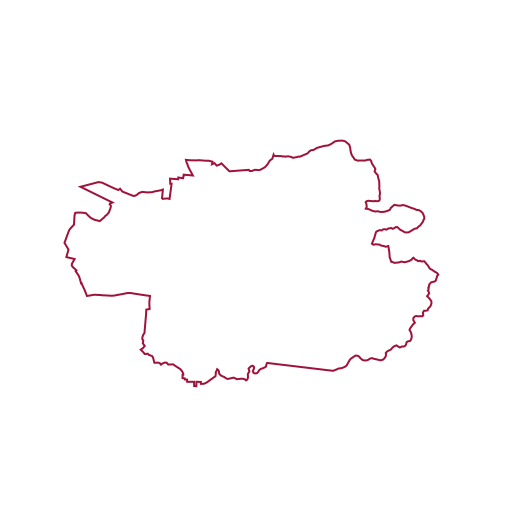 the district of Yecuatla, Veracruz, Mexico, rotated 232°
{"feature_id": "50627088B64741996810444", "entity_name": "Yecuatla", "entity_type": "district", "adm_level": 2, "iso_a3": "MEX", "parent_name": "Mexico", "parent_adm1": "Veracruz", "projection": "orthographic", "projection_center": [-96.776, 19.847], "detail": "fine", "context": "isolated", "style": "outline", "palette": "rose", "viewbox_px": 512, "rotation_deg": 232, "n_neighbors": 0, "source": "geoboundaries", "source_scale": "gbopen_adm2", "svg_char_len": 6140}
<svg xmlns="http://www.w3.org/2000/svg" viewBox="0 0 512 512"><g transform="rotate(232 256 256)"><path d="M253.2,107.5L248.9,108.0L247.4,107.9L246.4,109.2L245.7,110.5L244.0,110.7L243.0,111.4L240.9,112.6L239.0,112.2L234.5,110.2L233.4,111.6L232.3,113.2L230.8,114.2L228.9,114.2L228.8,116.4L228.2,118.4L227.0,119.9L224.5,120.0L221.5,124.1L220.1,124.4L213.5,126.7L210.7,126.8L207.9,126.2L207.2,125.6L207.6,125.0L205.0,122.9L203.4,124.5L202.5,123.9L201.0,125.6L199.3,124.3L198.5,125.2L195.0,129.8L191.6,127.2L190.1,128.8L193.5,131.7L190.7,135.0L189.2,133.8L189.0,134.0L187.4,136.3L186.9,138.0L186.6,140.0L186.5,144.8L186.2,150.0L187.8,151.7L189.3,152.9L189.8,154.3L190.7,155.7L189.7,156.0L188.2,155.9L186.9,155.1L185.8,154.5L183.7,154.7L181.7,155.6L180.2,156.5L177.9,157.1L176.5,158.1L175.1,160.9L174.0,163.4L172.7,164.2L171.0,164.9L170.1,165.9L168.9,168.0L167.5,170.0L165.7,171.3L164.2,171.5L164.0,172.9L164.7,174.3L166.1,175.6L167.7,176.6L168.5,177.9L168.9,179.5L169.8,180.1L171.0,180.4L171.9,180.9L172.2,183.8L171.7,185.7L170.2,186.2L169.3,185.9L168.5,185.0L167.9,183.8L167.0,182.5L165.5,182.1L164.2,182.8L163.4,183.8L163.1,185.2L163.4,186.6L164.0,187.9L164.1,190.0L163.1,193.0L162.7,195.8L164.0,197.2L164.9,198.9L118.1,246.0L117.0,249.6L116.5,251.9L115.2,253.8L114.3,256.4L113.9,258.4L114.0,260.3L115.1,262.6L115.7,264.3L116.3,265.6L116.7,267.7L116.3,273.1L114.7,274.8L112.9,275.4L111.4,275.3L108.3,276.0L106.7,277.4L105.3,279.5L104.8,283.1L104.1,284.6L102.4,285.6L100.8,287.0L97.1,289.9L96.1,292.4L96.4,294.6L97.1,296.5L98.5,297.9L99.7,298.6L100.0,300.2L99.9,301.9L99.4,303.7L99.3,305.1L99.8,307.0L99.8,309.3L99.1,311.7L97.3,312.2L95.3,313.1L94.8,315.4L93.7,316.6L93.4,318.7L94.2,320.2L95.4,321.6L95.2,323.3L94.2,324.8L94.6,326.6L95.9,328.4L97.0,329.4L99.5,330.7L101.1,331.2L103.2,331.4L104.0,332.7L105.4,337.4L105.6,340.1L108.7,340.5L110.2,341.8L110.6,343.5L110.2,345.2L108.6,346.6L107.1,348.9L106.2,349.7L106.2,351.2L108.7,352.7L109.4,354.8L108.3,356.1L107.5,357.8L108.6,359.3L108.7,360.3L109.0,362.3L109.8,364.0L110.9,365.3L112.6,366.4L115.8,366.5L119.0,366.1L119.5,368.1L120.1,369.6L121.9,370.1L122.9,370.2L123.0,370.9L123.4,371.4L124.1,372.0L124.7,372.0L124.9,372.2L124.9,372.8L125.4,373.1L125.9,374.2L126.5,374.4L126.9,375.1L127.2,376.3L127.4,377.9L126.1,380.7L125.8,381.9L126.0,382.6L127.9,385.4L128.8,386.5L129.0,387.3L129.0,388.1L130.9,388.3L134.4,386.9L136.6,386.3L138.8,385.2L143.0,385.6L145.5,385.4L146.6,385.5L148.4,385.3L149.3,383.7L150.2,382.7L151.2,382.4L151.7,381.3L152.4,380.4L153.5,380.2L155.1,379.3L157.7,379.0L157.8,377.7L157.3,376.4L157.8,373.4L159.5,369.4L162.2,367.0L162.8,365.0L164.1,362.8L165.5,360.7L167.3,359.9L168.1,359.0L172.8,360.6L176.9,363.4L182.4,366.4L183.5,363.8L184.7,363.2L187.4,360.9L189.0,360.4L190.2,358.9L191.4,357.8L192.7,355.4L194.3,354.9L196.6,358.9L197.1,360.0L198.3,361.6L200.9,365.2L201.1,366.0L200.3,369.3L198.8,370.7L198.7,372.6L198.0,373.8L196.4,375.1L196.3,376.8L194.9,379.7L193.2,380.5L192.8,382.4L192.8,383.8L191.7,385.2L190.0,385.5L187.8,385.8L185.4,387.0L183.3,387.7L182.0,388.9L180.7,390.8L180.1,395.5L179.9,397.6L178.7,400.0L179.1,401.6L179.1,403.1L179.0,404.4L179.6,406.1L179.8,407.1L180.2,408.4L180.8,409.6L181.5,410.4L181.6,411.4L183.0,412.5L184.5,413.1L187.4,413.8L189.9,413.4L192.2,412.4L193.4,410.9L195.6,409.9L198.1,408.1L201.9,405.9L203.9,404.6L205.9,403.0L206.2,401.8L207.2,400.3L208.7,398.6L211.1,396.6L211.1,394.4L210.9,391.8L210.0,390.1L210.3,388.5L211.3,385.5L212.6,383.1L214.1,381.2L216.3,379.5L217.7,377.3L219.8,375.6L222.7,374.1L224.3,373.1L225.7,371.7L226.2,373.0L226.7,373.6L229.1,375.1L230.0,375.3L230.8,375.5L231.1,376.2L230.8,377.6L230.1,378.9L228.9,380.0L227.9,381.2L226.8,382.2L226.1,383.8L225.5,384.0L223.9,386.3L223.8,387.4L224.3,388.3L226.2,389.7L227.3,390.2L228.3,391.6L229.1,392.3L230.7,393.3L232.3,394.2L233.5,394.7L234.5,395.8L238.9,399.0L239.9,399.4L242.5,400.5L244.8,401.7L246.9,401.5L249.5,401.5L250.5,402.6L251.0,403.6L252.6,403.9L256.9,404.2L258.3,404.5L260.0,405.3L261.8,405.2L263.3,402.8L264.1,400.7L264.4,400.2L266.1,398.2L268.7,394.7L271.2,393.2L273.3,393.4L275.9,393.5L278.2,394.1L280.7,395.3L283.6,397.0L286.3,398.0L291.4,396.9L293.8,395.1L296.4,391.4L297.7,388.8L298.0,384.1L298.7,381.0L300.9,377.3L303.6,370.7L304.2,366.5L305.5,364.4L305.6,362.1L305.1,360.3L305.4,358.7L307.3,351.6L308.2,350.7L308.8,349.0L309.9,347.0L310.6,345.5L312.3,344.8L314.8,342.7L315.3,341.9L316.3,340.1L317.2,339.5L317.9,338.3L319.0,337.6L323.7,331.9L325.0,332.2L322.6,328.8L322.7,325.7L321.1,321.4L320.5,318.0L320.7,315.8L321.3,312.4L322.3,310.6L323.7,309.3L324.8,307.8L325.5,305.1L327.0,303.3L328.3,303.4L339.1,287.2L350.3,285.8L350.6,283.0L351.4,280.7L354.8,280.4L355.4,277.8L357.1,279.8L360.4,277.2L361.9,275.2L367.0,269.6L367.9,268.0L369.1,266.6L370.8,264.4L372.4,262.6L374.9,260.0L372.0,258.7L371.0,258.6L368.2,257.6L365.3,257.0L358.3,255.8L364.5,249.2L363.8,248.7L364.0,248.4L362.2,246.4L365.7,243.1L364.4,241.9L369.9,235.9L365.8,232.9L365.0,234.0L361.9,230.9L354.2,223.0L355.5,222.0L356.2,221.2L357.8,218.8L358.9,217.0L358.9,216.8L359.2,217.4L365.7,223.5L366.4,221.4L369.4,215.7L370.3,213.3L373.1,209.4L376.6,205.8L377.7,202.4L377.5,200.5L377.8,198.2L378.7,196.4L389.0,190.4L392.7,190.3L392.7,188.2L396.3,186.1L400.3,184.0L408.5,179.9L411.2,177.4L418.6,160.3L386.5,175.8L387.2,173.4L386.9,172.6L385.0,172.6L384.1,171.8L383.2,170.6L380.9,166.8L380.3,164.1L380.3,161.6L379.9,160.1L379.7,154.3L381.5,153.0L383.9,151.1L386.2,149.9L388.4,149.1L391.6,148.6L394.3,148.4L396.3,146.6L398.3,144.4L400.1,142.1L401.3,140.1L399.6,137.9L392.8,131.9L391.8,125.8L390.7,123.5L384.3,113.2L376.5,112.2L371.9,105.9L365.3,111.2L363.2,106.1L361.8,104.9L360.1,104.8L355.3,105.7L355.1,104.5L349.8,104.2L347.1,103.4L342.1,101.3L341.9,101.8L340.7,101.4L334.7,100.0L328.6,98.2L326.7,101.6L325.7,103.6L324.5,105.4L322.6,107.5L321.3,109.1L319.5,110.9L318.0,112.7L313.7,117.6L312.0,120.1L310.5,123.1L309.3,125.3L306.0,131.8L304.4,134.0L293.0,144.7L289.8,147.9L285.9,144.1L284.4,142.8L279.7,139.5L281.3,136.6L277.0,132.8L263.9,120.6L263.5,118.9L262.2,116.8L260.5,115.2L258.7,115.1L257.0,113.1L253.6,112.9L253.0,109.7L253.2,107.5Z" fill="none" stroke="#9f1239" stroke-width="2"/></g></svg>